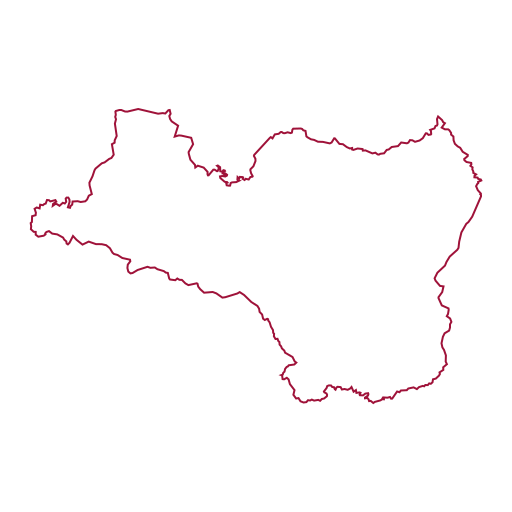 Krong Bong, Đắk Lắk, Vietnam
{"feature_id": "81297802B29162792012865", "entity_name": "Krong Bong", "entity_type": "district", "adm_level": 2, "iso_a3": "VNM", "parent_name": "Vietnam", "parent_adm1": "Đắk Lắk", "projection": "albers", "projection_center": [108.512, 12.452], "detail": "fine", "context": "isolated", "style": "outline", "palette": "rose", "viewbox_px": 512, "rotation_deg": 0, "n_neighbors": 0, "source": "geoboundaries", "source_scale": "gbopen_adm2", "svg_char_len": 6056}
<svg xmlns="http://www.w3.org/2000/svg" viewBox="0 0 512 512"><path d="M30.7,223.1L31.2,226.3L30.9,229.2L33.7,231.8L35.7,231.9L35.7,234.7L38.3,236.7L43.7,235.7L45.5,234.4L45.2,233.4L46.4,232.0L49.0,231.1L52.2,233.6L57.3,234.4L63.1,237.6L64.2,239.6L66.3,241.4L66.6,243.5L67.9,244.4L69.5,242.8L73.0,236.0L76.5,239.8L82.5,244.6L88.7,241.6L95.9,244.1L101.8,244.2L106.2,245.2L109.9,248.2L112.5,252.7L114.0,254.0L117.6,255.0L122.3,258.0L130.0,259.7L130.3,261.3L127.8,264.6L127.4,268.0L128.3,271.6L130.5,273.4L132.6,273.0L137.6,270.0L147.5,266.8L150.4,267.8L154.8,267.5L157.4,269.2L163.8,271.1L165.8,272.6L167.8,272.9L169.2,278.5L170.0,279.5L175.3,280.2L177.3,278.5L179.4,279.8L181.9,279.9L185.4,283.4L188.4,285.1L196.7,283.3L197.5,283.7L198.2,286.6L200.2,289.2L204.1,292.7L212.7,292.0L216.4,293.4L222.4,297.6L225.3,297.2L237.3,293.5L239.7,292.1L244.1,295.0L251.4,302.1L257.4,305.9L259.1,308.7L259.6,311.9L262.1,314.5L263.1,318.7L264.8,320.0L267.2,318.8L268.1,319.2L268.2,320.5L269.6,322.3L271.0,326.8L273.0,330.1L273.2,332.8L274.1,333.8L273.9,336.3L275.5,339.0L277.5,338.8L278.3,341.0L279.4,342.0L279.6,344.6L281.1,346.3L281.9,348.4L284.3,350.6L285.1,352.7L292.5,357.0L294.7,361.4L296.3,362.6L294.3,364.5L288.7,365.3L287.8,366.5L286.7,366.9L285.1,368.9L284.5,371.6L283.2,372.9L282.8,374.5L281.3,375.1L282.1,375.4L282.6,379.1L284.1,379.3L286.8,377.8L288.6,379.4L289.9,384.1L294.5,390.1L293.4,394.8L296.1,398.5L298.5,398.1L300.5,401.3L303.6,402.5L306.4,402.1L308.0,400.2L310.1,400.5L311.8,399.6L314.1,400.6L318.3,399.9L320.1,400.8L321.8,399.0L324.1,398.5L326.9,396.2L327.1,394.8L326.5,393.5L324.3,392.3L323.9,391.5L326.6,388.0L327.2,386.1L328.9,385.4L331.1,385.5L332.2,387.0L334.0,387.2L334.8,389.2L335.5,389.7L336.5,387.5L337.5,386.8L340.6,387.1L341.9,389.5L344.5,389.0L347.7,389.8L350.2,388.5L351.5,387.0L353.6,391.7L355.9,390.1L356.4,392.9L359.6,392.4L360.5,392.8L359.6,394.6L359.9,395.2L363.0,395.4L365.3,393.6L368.1,393.2L368.4,394.1L368.0,395.6L365.0,397.6L365.0,398.3L367.4,398.0L368.6,399.4L369.1,401.1L370.7,400.9L373.3,403.0L374.8,401.9L380.4,400.4L382.3,399.2L383.9,399.3L383.9,398.5L382.6,398.2L383.1,397.4L387.5,397.7L390.0,397.0L391.1,398.7L392.2,398.6L397.1,391.5L399.5,392.2L400.9,390.5L406.8,390.2L408.3,388.5L413.6,387.4L416.9,389.1L419.0,387.1L422.8,385.9L424.2,386.3L425.3,385.0L427.8,385.1L429.2,383.4L430.8,383.8L432.5,382.3L433.0,379.3L435.8,378.6L439.0,375.6L439.9,374.0L439.5,372.4L443.3,369.9L443.2,367.3L446.9,364.2L445.7,361.6L445.9,355.4L444.0,349.9L442.4,347.4L441.5,343.3L442.9,336.8L444.6,333.3L449.1,330.6L450.0,327.6L450.0,324.3L451.4,321.9L450.1,318.5L446.8,316.2L448.0,314.0L448.7,309.8L448.5,308.4L441.8,305.4L438.5,298.1L438.5,297.2L442.2,292.1L443.5,286.4L440.0,285.9L435.5,280.6L434.6,278.3L437.4,272.7L445.0,265.6L446.5,261.9L449.7,256.6L457.3,249.8L458.5,247.9L459.2,241.6L461.4,232.4L466.3,223.8L468.4,222.1L472.2,216.7L481.0,196.4L481.0,194.9L480.3,194.3L480.8,193.5L477.8,190.2L476.1,186.2L477.3,183.9L478.2,183.2L478.1,181.9L481.3,180.5L480.8,179.5L478.2,178.9L477.6,177.6L474.4,177.3L474.5,175.8L476.1,174.4L473.3,172.9L473.3,171.4L472.3,169.3L472.6,167.4L470.4,165.8L471.4,164.2L471.2,162.9L466.5,162.0L464.4,160.2L464.2,159.0L467.7,156.1L467.8,154.9L462.7,151.8L460.2,147.8L457.7,146.4L454.9,143.8L453.6,140.3L453.4,136.5L451.1,134.6L451.1,132.9L449.2,130.1L448.1,129.3L444.9,129.3L441.7,127.6L444.9,123.2L443.2,122.2L442.1,120.1L438.1,116.5L437.0,119.1L437.5,124.3L437.0,125.5L435.5,126.0L434.5,128.4L430.2,129.9L430.9,130.9L431.2,134.0L430.8,134.5L428.5,134.9L426.8,133.3L425.8,133.3L422.8,138.2L419.6,140.5L415.0,141.8L412.4,140.3L410.0,140.1L408.4,142.6L406.9,143.3L401.2,142.5L398.0,146.1L391.7,147.0L388.7,149.5L386.7,149.9L384.1,153.3L380.3,153.8L378.9,154.6L377.6,154.4L375.4,152.7L372.4,153.4L365.5,150.4L362.8,150.6L362.6,149.1L362.2,149.0L357.6,148.5L353.4,149.9L352.1,149.5L352.1,148.0L349.9,148.5L346.8,147.1L342.9,144.2L339.4,143.9L334.9,138.4L334.2,138.3L331.6,142.5L329.8,143.4L323.0,141.9L317.9,141.7L314.1,139.9L311.0,139.3L307.5,137.3L306.4,136.4L305.5,130.9L303.3,130.3L302.2,129.0L300.8,128.5L293.2,128.7L292.4,129.7L291.9,132.6L290.7,133.1L287.6,132.3L284.8,133.2L283.3,133.1L281.7,132.0L280.6,132.1L278.7,133.8L274.8,134.4L272.5,138.4L270.8,137.1L269.9,137.8L254.2,154.9L253.9,155.9L255.4,158.7L255.5,161.0L253.4,166.3L250.5,169.2L250.3,170.1L251.1,173.3L252.7,176.2L252.4,176.7L250.4,177.0L248.7,179.5L245.6,178.8L244.6,180.0L242.6,178.8L243.1,177.4L242.7,177.1L239.9,176.9L239.2,178.6L237.6,177.1L237.4,179.5L238.0,180.6L238.9,180.8L236.2,182.1L232.0,182.4L230.7,183.0L230.1,185.6L229.1,185.7L226.7,185.3L226.2,183.2L227.5,182.6L227.1,182.1L224.7,181.8L220.3,178.0L220.0,176.4L222.2,176.0L225.3,176.5L226.9,175.6L227.1,174.8L225.4,173.5L224.5,174.2L225.2,175.6L224.4,175.5L223.8,173.5L222.5,173.4L222.5,172.9L225.0,171.0L224.7,170.5L223.4,170.2L222.3,171.7L220.3,171.3L220.1,167.2L217.8,165.5L217.1,165.8L218.5,167.0L218.7,168.7L217.6,171.1L217.0,171.2L214.7,169.7L213.3,169.7L208.6,175.3L207.9,175.3L207.5,174.1L207.6,171.9L203.7,167.6L197.8,165.7L195.3,167.5L195.0,164.9L190.4,159.7L188.8,153.8L188.6,152.1L193.1,144.2L191.2,137.8L181.3,135.6L178.9,135.4L174.7,136.6L178.1,125.7L171.7,121.4L170.1,119.0L169.3,116.0L170.6,113.8L169.7,110.0L168.4,110.2L165.3,113.5L162.7,113.1L158.1,113.7L138.2,109.0L127.4,111.6L125.0,111.5L121.3,110.0L119.3,110.0L115.8,111.0L115.4,111.6L115.8,114.9L115.2,116.9L116.0,119.2L114.9,123.6L116.7,136.0L114.7,140.3L114.6,142.7L111.9,144.2L113.7,154.7L111.4,158.0L109.2,158.9L104.6,162.4L101.8,163.3L95.5,168.6L94.5,170.3L92.5,176.3L89.4,182.7L89.6,185.5L91.8,194.1L88.8,195.7L87.1,199.5L85.3,201.3L80.7,202.0L77.7,201.2L72.6,201.5L72.2,204.6L70.6,206.0L70.0,207.8L67.9,207.3L69.6,201.9L69.4,199.5L68.3,197.6L66.6,197.6L65.7,198.6L66.2,201.8L64.8,203.5L62.8,202.8L59.5,205.8L56.8,204.1L55.3,204.0L52.8,205.8L53.1,203.9L56.3,201.7L55.4,200.1L50.3,201.4L49.0,200.2L47.0,200.0L45.7,203.6L44.3,204.0L42.9,205.2L40.2,204.7L39.6,208.4L36.7,207.5L34.6,208.8L35.9,212.7L35.6,215.2L32.1,216.2L31.9,222.0L30.7,223.1Z" fill="none" stroke="#9f1239" stroke-width="2"/></svg>